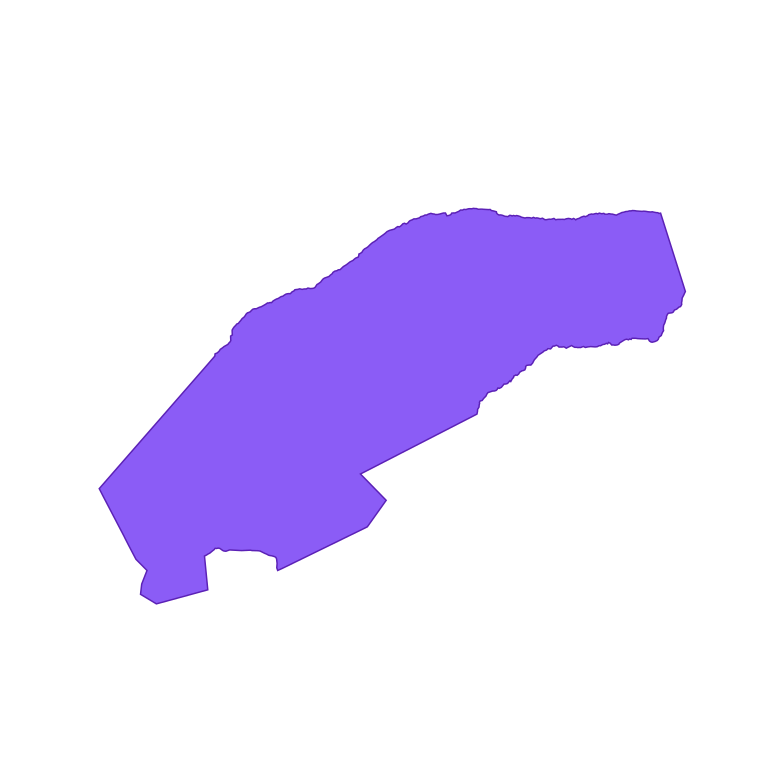 Baixa Grande do Ribeiro, Piauí, Brazil (Natural Earth projection), rotated 230°
{"feature_id": "56859067B86459702115755", "entity_name": "Baixa Grande do Ribeiro", "entity_type": "district", "adm_level": 2, "iso_a3": "BRA", "parent_name": "Brazil", "parent_adm1": "Piauí", "projection": "natural_earth1", "projection_center": [-45.157, -8.515], "detail": "fine", "context": "isolated", "style": "filled", "palette": "violet", "viewbox_px": 768, "rotation_deg": 230, "n_neighbors": 0, "source": "geoboundaries", "source_scale": "gbopen_adm2", "svg_char_len": 5702}
<svg xmlns="http://www.w3.org/2000/svg" viewBox="0 0 768 768"><g transform="rotate(230 384 384)"><path d="M486.9,98.6L478.6,96.7L434.5,87.0L431.7,86.3L424.2,84.6L409.1,81.3L405.6,81.6L393.5,82.6L386.5,69.8L380.8,63.8L379.4,62.3L361.9,68.3L339.6,116.7L367.6,135.9L367.1,137.9L366.8,140.2L366.4,141.8L366.4,145.6L366.3,147.3L366.7,149.0L365.7,149.9L364.9,151.5L363.5,152.6L360.2,153.4L359.0,154.0L357.5,155.4L356.1,159.1L348.7,167.0L347.8,168.0L342.6,174.8L341.3,175.8L337.2,180.4L335.7,181.7L331.1,183.7L329.0,184.8L327.1,185.5L326.1,186.2L324.4,187.7L322.1,189.2L320.7,189.7L319.1,189.3L315.3,186.8L312.1,183.7L309.5,182.7L308.2,187.3L285.3,279.4L293.5,310.9L330.2,308.1L320.6,350.5L301.2,435.9L302.9,438.0L304.4,439.4L305.2,441.9L306.9,443.6L307.6,444.7L308.7,445.4L309.2,446.7L308.3,448.6L308.9,451.2L309.2,454.3L310.1,456.2L310.6,458.1L308.8,462.6L307.6,464.2L307.0,465.8L307.1,467.2L307.7,468.7L306.5,469.6L306.0,471.8L306.8,475.9L305.7,477.3L305.0,479.0L305.3,481.0L305.5,482.6L304.4,482.7L305.5,485.5L305.7,487.4L306.6,488.4L306.2,490.7L305.1,491.5L305.1,493.7L305.8,495.4L305.4,498.2L304.8,499.3L304.3,501.0L305.3,502.9L306.4,503.8L306.5,505.3L305.3,507.3L304.1,508.7L304.5,511.3L305.3,513.2L305.9,514.7L306.4,518.4L307.0,520.5L306.7,522.8L306.3,526.2L306.4,528.0L305.5,530.4L305.7,532.3L303.8,534.2L304.4,537.8L303.5,538.9L302.9,540.9L301.3,541.7L299.8,541.8L298.7,543.2L297.8,544.2L297.1,545.5L295.9,546.2L294.3,546.6L293.9,548.4L292.9,552.4L290.8,553.1L289.5,553.7L288.2,555.2L287.3,555.9L286.6,556.9L285.5,558.1L285.0,559.8L284.4,561.0L282.6,561.7L281.4,564.0L279.8,566.4L276.7,569.6L275.5,571.3L275.1,573.3L274.1,574.5L273.6,577.0L272.6,578.6L272.3,580.4L271.0,581.1L271.5,582.7L269.8,583.5L267.5,583.5L266.6,584.7L265.3,585.8L264.1,587.6L263.5,589.4L264.0,590.7L263.6,593.9L263.1,597.1L262.3,598.7L260.7,599.7L260.6,601.1L259.3,602.0L259.6,603.4L257.1,606.3L255.7,607.5L253.2,610.2L251.4,612.2L250.4,613.3L249.1,615.4L246.2,615.0L244.4,615.6L243.5,616.5L242.3,619.0L241.7,621.3L242.0,623.0L243.1,624.7L242.9,627.6L243.9,629.2L244.8,631.2L245.1,632.4L246.7,633.4L248.1,634.7L249.4,636.2L250.0,637.8L250.9,639.3L252.1,641.0L252.8,642.6L254.2,643.9L254.9,645.3L255.5,647.2L254.2,649.2L253.4,650.5L253.2,651.9L254.0,654.1L253.5,655.3L253.2,656.6L253.3,659.5L252.7,660.9L253.5,663.1L255.0,664.2L256.1,665.6L258.2,667.7L259.5,670.9L260.4,672.7L261.1,674.3L267.8,677.1L337.1,705.7L338.0,704.2L339.2,703.9L340.1,702.9L341.9,701.4L343.5,700.2L344.3,698.9L346.2,697.0L347.9,695.6L349.4,694.1L350.4,692.6L354.4,688.5L355.5,687.6L357.2,685.8L357.8,684.5L358.8,683.4L359.7,681.4L360.6,680.3L361.4,678.3L362.5,676.4L362.9,674.7L363.6,672.5L364.0,670.5L367.4,668.1L368.2,667.2L369.9,665.8L370.6,664.1L372.2,662.3L373.4,662.1L374.5,660.2L376.5,658.8L377.0,657.0L378.3,656.2L379.7,653.2L380.8,652.3L382.1,649.7L382.0,648.2L382.8,645.7L384.0,645.1L384.8,643.1L385.2,641.8L385.4,640.2L386.4,637.9L386.5,636.4L387.9,636.1L389.0,635.6L389.4,633.7L390.6,633.2L392.3,631.7L393.4,629.8L394.1,627.9L395.1,627.0L397.1,624.5L398.4,623.0L399.5,621.1L401.6,620.6L402.4,618.7L403.0,617.6L404.1,616.5L404.8,615.3L405.5,614.0L406.4,612.9L409.1,612.0L410.2,609.9L411.9,608.8L413.1,607.8L413.7,606.6L415.6,605.6L416.2,603.6L417.7,602.6L419.8,600.2L420.5,598.7L421.5,598.0L422.4,597.3L423.5,596.5L424.8,596.0L426.6,594.8L427.8,593.9L428.4,592.5L429.9,591.5L430.4,590.1L431.5,589.6L432.4,588.7L432.6,586.5L433.7,585.5L434.8,584.4L436.2,583.7L437.2,583.1L438.5,582.1L439.6,580.7L441.2,580.1L442.4,580.1L443.7,580.8L445.1,579.9L446.6,578.8L447.8,577.8L449.5,577.5L450.3,576.3L452.2,574.3L453.5,572.9L455.3,571.1L457.3,568.5L459.1,567.5L460.0,566.4L461.0,565.5L462.0,563.6L463.1,562.5L464.0,561.2L465.0,558.9L466.4,557.5L466.8,555.8L468.0,554.6L468.2,552.2L468.7,550.6L469.3,548.4L470.5,547.0L471.4,545.7L470.8,544.1L471.3,542.3L472.4,540.3L474.1,540.7L475.5,541.0L476.8,539.4L477.7,537.5L478.3,536.1L479.3,534.2L480.7,532.4L481.7,531.9L483.1,530.6L484.6,529.6L485.1,528.4L485.7,527.0L486.0,525.3L487.1,524.0L487.4,522.3L487.9,521.1L488.6,519.7L488.5,518.0L489.3,516.1L489.9,514.7L491.3,513.0L491.7,511.0L492.4,509.0L492.4,507.6L492.0,505.8L492.3,503.8L493.9,503.1L494.6,501.5L494.3,499.0L494.4,496.9L495.7,495.8L496.0,494.3L496.0,491.6L496.8,489.8L498.1,487.0L498.8,484.3L498.7,482.1L498.7,480.7L498.8,479.2L499.1,475.5L499.4,472.9L499.1,471.4L499.3,468.1L499.7,466.1L499.7,463.5L499.4,459.5L499.6,457.8L500.0,456.0L499.9,454.1L499.1,451.7L499.3,449.6L499.7,448.4L498.3,446.8L497.8,445.6L498.5,443.9L498.7,442.6L498.7,441.3L498.6,439.7L499.4,436.4L499.5,432.5L499.7,430.7L500.1,428.4L499.8,423.9L500.9,422.3L501.0,420.9L502.1,418.8L502.3,416.6L501.8,415.3L501.9,412.7L501.7,411.2L502.3,409.4L502.8,408.1L503.4,406.5L503.6,405.0L503.3,403.0L502.8,401.0L503.0,398.2L503.3,396.6L502.3,393.2L502.6,391.7L503.3,390.5L504.5,388.9L506.4,387.4L506.8,385.5L508.1,384.0L509.1,382.1L511.1,380.6L512.0,378.6L512.8,377.5L513.5,376.3L513.2,374.7L513.7,372.9L513.4,370.3L514.6,369.0L515.4,367.7L515.9,366.6L516.2,364.5L516.3,362.8L517.0,361.6L517.3,360.0L517.5,358.1L518.2,356.3L518.6,354.4L518.9,352.2L518.6,350.2L519.7,349.0L520.2,347.7L521.0,346.8L521.2,344.4L521.6,342.1L522.1,339.6L522.9,337.8L523.4,335.9L523.7,334.6L524.9,333.1L525.6,331.7L525.6,329.8L525.3,328.1L525.7,326.5L526.3,325.1L526.2,323.4L525.6,321.6L525.2,319.9L525.3,317.4L524.7,315.0L524.4,312.9L524.0,311.5L524.6,309.7L524.2,308.0L524.1,306.2L523.6,304.2L522.9,302.3L521.4,301.1L520.2,300.2L519.1,299.4L519.3,297.3L517.8,296.1L515.7,294.5L515.2,293.0L515.1,291.5L514.7,289.9L515.1,287.6L515.5,285.6L515.5,284.2L515.6,282.5L515.8,280.9L515.1,278.7L515.0,276.2L515.7,274.0L514.1,272.3L511.6,256.7L486.9,98.6Z" fill="#8b5cf6" stroke="#5b21b6" stroke-width="1.5"/></g></svg>